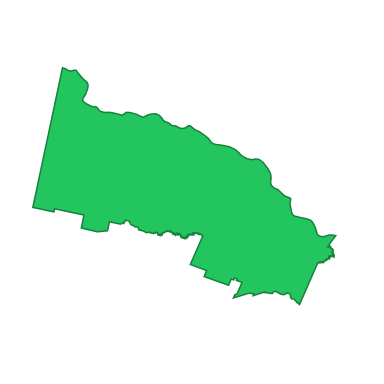 General Obligado, Santa Fe, Argentina (Equal Earth projection), rotated 282°
{"feature_id": "61730980B672443386534", "entity_name": "General Obligado", "entity_type": "district", "adm_level": 2, "iso_a3": "ARG", "parent_name": "Argentina", "parent_adm1": "Santa Fe", "projection": "equal_earth", "projection_center": [-59.736, -28.744], "detail": "fine", "context": "isolated", "style": "filled", "palette": "green", "viewbox_px": 384, "rotation_deg": 282, "n_neighbors": 0, "source": "geoboundaries", "source_scale": "gbopen_adm2", "svg_char_len": 6113}
<svg xmlns="http://www.w3.org/2000/svg" viewBox="0 0 384 384"><g transform="rotate(282 192 192)"><path d="M143.8,39.5L143.8,61.1L147.0,61.1L147.0,91.1L133.7,91.3L133.4,107.8L136.5,117.4L145.7,117.5L145.7,128.7L147.1,130.7L146.9,131.7L148.3,132.1L148.4,132.3L148.9,132.4L149.2,132.0L150.0,132.9L150.6,132.7L150.9,133.3L150.6,134.4L150.7,135.4L150.1,136.5L150.1,137.0L147.7,138.6L147.2,139.6L147.2,140.8L146.0,143.4L146.5,145.0L146.3,146.1L145.6,147.2L144.0,147.7L143.8,148.1L143.9,149.1L144.1,149.3L143.8,150.0L143.9,151.0L143.7,151.6L143.7,153.0L143.1,154.8L142.7,155.3L143.3,157.6L144.0,158.8L143.8,159.1L143.8,159.4L143.6,159.4L143.4,159.7L143.7,160.1L143.3,161.3L143.3,162.0L143.8,162.6L143.6,163.0L143.9,163.2L144.0,163.7L144.2,163.9L144.0,164.4L144.7,164.4L144.7,164.8L145.1,165.1L144.9,165.8L145.3,166.2L144.4,167.3L143.5,167.2L143.3,167.6L143.1,167.5L142.9,167.9L143.2,168.2L143.0,168.8L143.4,168.5L143.6,168.5L143.5,169.1L143.7,169.4L143.3,169.7L143.6,169.7L143.6,170.1L143.8,169.8L144.0,170.1L143.5,171.2L144.5,171.0L144.2,171.6L145.1,171.5L146.1,171.8L145.9,172.7L146.3,172.9L146.6,173.4L147.1,173.4L147.3,173.6L147.7,174.8L148.1,175.1L148.0,175.6L148.5,175.9L149.1,175.6L149.1,176.1L148.7,176.3L148.8,177.0L148.1,176.9L149.1,177.6L149.0,178.2L148.4,178.6L149.7,179.1L149.2,179.6L149.0,179.2L148.3,180.1L148.6,180.9L148.4,181.1L148.4,181.5L147.6,181.5L147.4,181.8L147.1,181.7L147.3,182.3L147.8,182.3L147.8,182.7L147.2,182.4L146.6,182.9L146.9,183.5L147.7,183.4L147.8,183.6L147.4,183.9L146.6,183.6L146.6,184.2L147.1,184.7L146.3,185.1L146.6,185.3L147.2,185.0L147.2,185.6L147.7,185.2L147.8,185.4L147.4,186.0L147.7,186.5L147.9,186.1L147.9,185.5L148.2,185.5L148.4,185.8L148.3,186.1L147.9,186.8L148.4,187.1L148.7,186.6L148.8,186.9L148.5,187.4L147.7,187.6L147.8,188.3L147.4,188.2L147.7,188.8L148.3,188.7L148.0,189.4L147.3,189.8L147.2,190.1L146.5,190.0L146.4,190.3L146.7,190.6L145.5,190.6L145.3,190.9L145.5,191.4L145.1,191.8L145.5,192.0L145.7,192.4L145.3,193.1L145.1,193.1L145.0,193.5L145.7,193.7L145.3,194.3L145.9,194.5L145.5,194.8L144.9,194.7L144.8,195.2L145.0,195.5L146.0,195.1L146.1,195.5L146.6,195.6L146.7,196.0L146.2,196.6L146.2,197.0L146.9,197.1L146.9,196.4L147.6,197.0L147.7,196.7L147.3,196.3L147.6,196.2L147.7,196.4L148.6,196.4L148.4,196.7L148.6,197.0L149.2,197.0L148.8,197.2L148.7,197.6L149.6,197.4L149.5,198.0L150.1,198.1L149.8,198.8L150.4,199.0L150.1,199.7L150.4,199.7L150.5,200.0L150.2,200.4L149.9,200.4L150.1,200.8L149.9,201.2L150.2,201.6L150.9,201.5L150.7,201.8L151.1,201.8L150.9,202.3L151.5,201.9L151.4,202.4L151.7,202.3L152.1,202.5L152.1,202.1L152.3,201.8L152.5,202.4L152.2,203.5L152.6,203.8L152.3,204.1L152.8,204.7L152.6,205.4L152.9,205.4L152.7,205.8L152.2,206.0L152.2,206.6L153.2,206.4L153.3,206.6L152.8,207.7L151.9,207.9L151.9,208.4L152.2,208.7L152.0,209.5L152.3,209.0L152.6,209.1L151.8,211.0L151.3,211.0L151.3,211.7L120.7,205.4L118.2,222.6L111.8,221.5L108.4,247.2L114.9,248.4L114.7,251.1L116.7,251.5L116.3,254.2L114.7,253.9L114.1,259.7L101.8,257.3L100.4,255.2L97.0,254.5L104.7,268.5L105.4,273.7L103.3,273.3L109.4,284.0L108.7,283.9L109.3,291.6L110.1,291.7L111.8,293.2L112.2,294.4L112.1,294.6L111.9,296.2L111.7,296.3L111.7,296.7L111.2,297.5L111.1,298.8L110.7,299.3L110.5,300.5L110.8,301.5L110.5,301.9L110.8,303.7L111.5,303.9L111.6,304.6L112.2,305.3L112.6,305.3L112.6,305.9L113.2,306.7L113.0,307.0L112.7,308.8L111.3,309.9L109.7,310.1L108.2,311.5L108.6,313.6L106.5,316.8L105.5,317.7L105.6,319.0L104.9,320.0L104.3,320.1L104.3,320.6L148.8,329.7L148.7,330.0L149.1,330.5L149.0,331.2L149.2,331.4L149.5,331.1L149.7,331.4L149.4,332.2L149.9,333.2L150.1,333.4L150.3,333.1L150.3,333.8L150.7,333.9L150.6,334.3L150.1,334.1L150.0,334.6L150.5,335.0L150.4,335.3L150.7,335.4L151.1,335.0L151.3,335.6L151.6,335.4L152.5,335.9L152.4,336.7L153.0,337.2L152.9,337.6L153.1,337.8L154.0,337.3L154.7,337.9L154.6,338.1L154.1,338.1L155.1,339.0L155.0,339.7L155.4,339.6L155.4,340.0L156.1,339.6L156.3,340.2L156.5,339.8L156.7,340.1L156.9,339.6L156.9,339.9L157.0,339.9L156.9,339.2L157.6,339.0L157.8,339.8L158.1,340.2L157.8,340.4L157.9,341.0L158.2,341.3L158.4,340.8L158.5,341.1L158.0,341.9L158.3,343.1L158.1,343.3L158.1,344.1L157.8,344.5L158.3,344.5L158.5,344.0L159.0,343.9L159.3,344.2L159.9,344.2L159.9,343.8L159.6,343.3L159.8,343.2L159.7,342.5L160.1,342.6L160.1,343.2L160.6,343.3L160.7,342.9L161.2,342.8L161.1,342.6L161.4,342.2L161.8,342.6L161.9,341.8L162.4,341.8L162.5,341.4L163.1,341.6L163.3,342.1L163.7,341.8L164.2,342.2L164.8,341.9L165.1,341.2L165.3,341.5L165.6,341.0L165.7,340.2L165.6,339.8L166.0,339.5L167.0,339.3L166.9,338.9L167.2,339.0L167.5,338.8L167.1,338.0L167.2,337.4L166.8,337.6L166.7,337.4L166.7,336.1L167.8,337.1L168.9,337.4L169.5,337.1L179.1,341.7L179.2,338.8L178.9,338.0L178.8,336.8L178.1,334.4L176.1,330.9L175.3,328.4L175.5,325.5L176.2,324.0L177.1,323.0L182.1,320.5L186.5,317.2L188.4,315.0L189.0,313.9L189.6,309.6L189.6,301.6L189.8,297.4L190.1,296.1L191.4,294.6L193.0,293.5L200.3,290.5L201.7,290.1L205.6,290.1L206.5,289.2L207.3,283.8L208.2,281.9L212.4,275.3L212.6,273.0L213.2,271.0L215.0,268.2L217.2,267.0L221.8,266.5L225.9,265.2L228.7,263.1L230.0,261.9L235.6,255.6L237.6,251.3L237.8,250.0L237.5,247.3L236.2,244.4L235.9,240.2L236.1,238.5L237.3,234.4L238.3,232.1L240.1,229.9L242.2,226.1L244.0,219.7L244.0,212.6L243.4,205.3L243.7,202.8L244.4,200.8L247.5,197.3L250.2,192.2L250.6,191.0L252.6,186.6L253.1,183.5L253.9,181.1L256.3,176.7L256.3,175.7L255.9,174.5L254.4,173.1L253.6,172.7L252.2,169.8L252.0,168.3L252.1,165.9L253.1,163.1L253.2,162.0L252.9,159.4L253.0,158.0L254.0,156.4L254.9,154.2L255.0,152.2L255.5,150.4L256.4,148.6L257.9,147.3L259.6,145.0L260.1,143.9L260.9,141.0L260.7,139.1L259.9,136.4L259.2,134.7L257.8,132.3L255.3,129.2L255.1,127.8L255.3,125.9L256.5,121.6L256.8,114.7L256.4,111.9L256.1,111.0L253.1,108.4L252.6,107.2L252.9,100.3L252.9,96.7L252.8,95.0L251.7,90.0L251.7,86.8L252.0,85.4L252.4,84.4L254.8,81.8L255.3,80.6L254.9,76.9L255.1,74.9L256.3,70.5L257.5,67.6L259.0,65.9L260.4,65.7L265.3,67.6L271.0,68.4L274.3,68.3L277.1,67.1L279.9,62.1L284.1,56.6L287.0,53.3L286.6,51.2L285.2,49.0L285.0,46.8L285.4,44.8L286.2,42.8L286.6,39.5L143.8,39.5Z" fill="#22c55e" stroke="#15803d" stroke-width="1.5"/></g></svg>